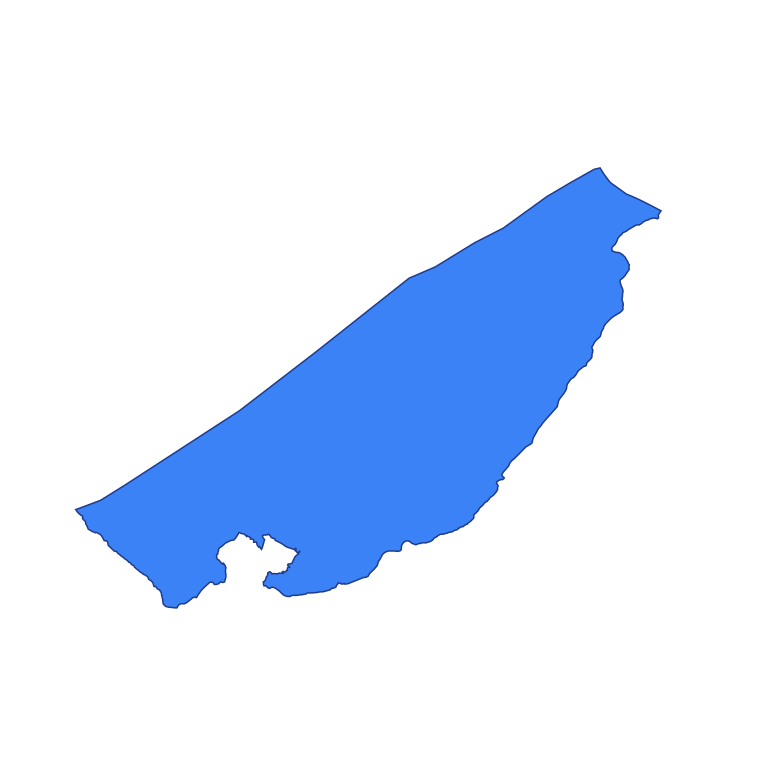 Buru, Maluku, Indonesia, rotated 130°
{"feature_id": "22746128B29167244459072", "entity_name": "Buru", "entity_type": "district", "adm_level": 2, "iso_a3": "IDN", "parent_name": "Indonesia", "parent_adm1": "Maluku", "projection": "albers", "projection_center": [126.803, -3.345], "detail": "fine", "context": "isolated", "style": "filled", "palette": "blue", "viewbox_px": 768, "rotation_deg": 130, "n_neighbors": 0, "source": "geoboundaries", "source_scale": "gbopen_adm2", "svg_char_len": 6149}
<svg xmlns="http://www.w3.org/2000/svg" viewBox="0 0 768 768"><g transform="rotate(130 384 384)"><path d="M678.4,539.4L679.3,535.7L679.4,533.2L679.4,531.5L679.0,530.8L679.0,529.9L679.7,529.1L680.7,528.8L681.1,527.4L681.3,524.2L683.0,522.4L683.2,521.2L685.3,517.2L684.4,512.1L683.9,511.2L683.7,509.7L682.8,509.1L682.3,508.2L682.2,507.1L681.6,504.7L681.9,502.6L683.8,497.7L683.2,497.1L683.2,496.4L682.5,495.8L682.5,494.5L684.9,491.4L685.4,483.3L684.9,482.2L684.2,481.2L684.8,479.0L684.6,476.6L684.8,475.4L684.5,473.8L684.5,470.2L684.2,467.3L684.6,464.7L684.0,464.0L683.9,463.2L684.4,462.3L684.5,460.5L684.0,458.9L684.3,457.9L684.7,457.4L684.7,449.8L684.3,447.0L684.5,446.0L684.0,444.7L683.6,442.2L683.7,440.7L684.9,438.8L684.5,436.2L684.7,433.5L686.8,430.3L686.9,429.8L686.2,429.2L685.9,428.3L686.6,425.9L686.1,423.3L686.5,422.1L687.3,420.0L688.5,419.0L690.8,415.7L694.4,411.8L694.7,409.6L694.6,408.0L693.4,405.5L689.1,399.2L688.2,398.6L687.6,399.0L685.4,399.2L683.6,398.7L682.3,397.9L681.1,395.9L678.8,394.8L675.2,393.9L670.5,393.1L669.0,392.1L668.4,390.6L667.4,390.3L666.0,390.8L659.8,391.3L654.5,390.9L648.1,390.0L647.3,389.5L646.4,388.4L646.0,387.6L646.6,385.1L645.3,383.6L643.3,382.3L640.9,382.1L639.6,379.8L638.2,378.9L633.7,380.9L631.3,382.9L630.3,384.2L627.7,386.4L626.5,386.8L626.2,387.5L625.3,388.6L624.9,390.0L625.0,390.6L624.4,391.5L624.6,392.2L625.0,392.2L625.5,391.8L625.9,393.3L625.6,394.3L625.3,394.7L625.4,395.3L624.9,397.3L625.2,397.7L625.2,399.5L624.7,400.4L623.5,401.4L622.6,402.4L622.2,402.5L621.4,402.1L620.8,402.2L619.5,403.2L617.9,403.7L617.1,404.4L616.0,404.6L614.8,404.6L612.6,403.9L607.8,403.2L602.5,400.9L599.8,398.6L596.2,398.7L590.9,399.6L590.4,397.6L588.8,394.5L589.1,391.1L588.2,391.3L588.2,390.4L587.5,387.8L588.7,386.6L588.0,385.9L587.7,385.2L587.1,384.6L587.1,383.8L589.0,382.1L588.3,381.3L587.4,380.8L587.1,380.2L588.9,377.6L589.5,375.2L588.7,375.0L589.5,371.6L587.9,371.9L579.9,375.5L579.7,377.5L578.5,379.5L576.7,378.9L576.0,377.7L573.8,376.2L574.0,376.0L573.2,375.4L573.5,373.3L574.0,372.1L573.9,370.7L573.1,368.8L572.6,368.3L573.7,366.8L572.0,360.0L571.6,354.8L571.1,353.0L568.8,347.1L568.3,346.5L566.7,346.1L566.7,345.4L567.9,344.7L568.8,344.9L568.6,343.6L569.0,342.2L568.8,341.2L567.9,341.5L566.7,341.0L568.9,340.3L571.8,341.0L573.8,341.1L580.4,339.3L582.0,340.2L583.5,341.7L584.8,341.3L585.0,340.3L584.7,339.7L585.1,338.7L585.6,339.6L587.1,339.7L589.0,338.2L589.7,338.9L591.1,338.8L592.2,339.7L593.5,339.6L592.6,340.9L593.6,341.2L594.4,340.6L595.3,341.3L596.7,343.2L597.8,343.5L600.4,347.0L601.0,347.5L601.5,347.6L601.1,349.5L601.2,350.8L601.4,351.0L603.4,351.6L604.1,351.0L605.9,350.1L607.2,350.1L608.6,349.7L610.3,348.9L612.0,348.7L613.0,349.3L615.0,347.5L615.8,346.1L614.9,345.4L614.4,344.7L614.7,342.7L614.5,340.8L613.6,340.0L612.3,339.6L611.2,338.7L610.4,336.8L609.9,332.5L609.9,330.2L610.3,326.4L610.0,324.1L608.9,321.6L607.3,319.5L605.0,318.5L602.1,315.1L600.6,313.7L599.0,312.7L598.9,312.0L595.1,308.9L592.9,308.1L592.2,307.0L589.2,303.7L586.2,300.8L584.6,299.6L582.3,297.1L576.4,293.0L573.8,292.6L573.4,291.9L571.9,290.9L570.4,290.3L568.5,291.0L567.0,290.8L566.1,291.3L564.5,289.3L564.7,288.2L563.1,286.5L562.4,286.2L562.4,285.2L560.1,283.2L545.2,275.2L543.7,273.6L541.5,272.6L538.5,273.2L531.7,272.5L527.4,272.5L523.5,274.2L521.5,274.3L515.6,275.5L514.0,275.4L512.2,275.0L509.3,273.5L505.5,269.0L503.2,265.7L501.4,264.4L500.6,264.2L499.7,264.4L496.5,266.7L494.0,267.2L491.7,266.9L489.8,266.0L488.8,264.7L488.4,263.9L488.0,261.9L488.2,260.8L487.9,259.6L486.7,256.3L483.7,254.7L482.8,253.6L481.3,252.8L479.8,251.2L478.9,249.9L475.4,247.6L473.8,246.9L472.4,246.5L469.6,246.5L466.6,245.2L465.4,245.2L463.1,244.3L461.9,243.4L461.1,242.1L459.6,241.3L458.0,239.9L456.2,239.1L453.3,236.7L450.6,235.9L448.9,234.4L447.1,234.0L445.9,234.0L445.5,233.5L444.3,233.4L443.7,233.1L443.2,232.3L442.7,231.9L438.8,230.9L437.7,230.0L437.1,230.2L436.2,230.1L432.5,229.3L430.9,229.3L430.5,229.1L429.6,229.1L428.4,229.4L427.8,230.2L426.2,231.1L423.3,230.6L422.3,230.7L421.8,230.5L421.5,230.6L421.4,230.5L421.1,230.6L419.9,230.5L419.7,230.7L419.1,230.7L418.6,231.0L417.2,231.0L416.5,230.8L415.6,230.9L415.2,230.6L412.5,230.4L410.6,230.5L407.9,229.9L407.6,229.5L406.5,229.7L405.2,229.4L404.7,229.6L404.4,229.5L403.8,229.7L402.7,229.7L399.5,228.8L396.6,228.6L395.8,228.9L394.9,228.6L394.1,228.8L393.4,228.7L392.6,229.1L391.7,229.2L390.4,230.5L389.0,230.8L388.3,231.8L387.6,234.2L386.3,234.6L384.7,234.3L383.2,233.6L381.4,232.5L381.1,231.7L379.7,231.4L378.6,231.5L378.5,234.0L378.2,234.7L377.3,235.6L374.6,236.0L366.8,235.8L363.4,236.9L359.6,236.8L359.5,236.6L356.5,236.1L340.8,234.9L336.7,233.3L334.2,232.7L329.4,235.0L322.9,236.2L320.1,236.9L318.2,237.1L314.9,236.9L313.0,237.2L309.4,237.3L290.1,236.7L285.0,239.3L282.6,239.9L275.1,240.2L272.3,240.6L270.3,241.2L267.3,243.1L265.9,243.5L262.0,243.9L259.1,243.8L257.0,242.9L253.9,242.9L249.7,243.6L247.7,243.5L242.3,242.3L240.3,241.0L239.5,241.2L237.6,242.1L236.5,242.3L233.1,241.8L230.9,241.8L229.9,242.0L227.4,243.8L225.8,244.5L223.8,245.8L222.7,247.9L221.9,248.6L220.4,248.7L216.5,249.6L212.7,249.5L211.0,249.1L208.4,249.0L206.4,249.8L204.7,250.8L199.9,251.8L198.7,252.7L197.0,252.7L195.1,252.9L187.8,252.3L184.7,251.6L176.9,249.0L173.8,248.7L172.4,249.5L171.5,250.7L170.0,251.2L168.5,252.7L166.8,255.3L165.7,256.5L164.2,257.2L161.0,259.6L159.4,260.4L157.5,262.8L156.8,264.6L154.2,268.6L152.9,269.7L152.1,269.9L149.2,269.2L146.7,269.0L138.6,269.8L136.8,271.7L135.0,272.6L134.7,274.2L134.0,275.1L131.9,280.8L131.6,283.8L131.8,286.4L132.3,288.6L133.2,289.9L134.2,291.1L134.9,293.5L135.4,294.3L135.0,295.1L134.1,296.4L132.3,297.2L128.5,296.7L125.3,297.3L122.1,298.5L118.8,298.5L117.2,298.1L114.5,298.2L111.0,296.5L108.2,295.9L100.4,293.1L99.4,292.4L98.2,290.8L95.6,289.9L93.4,289.6L90.3,288.4L88.0,286.8L86.3,286.3L84.3,284.7L82.9,283.3L81.6,280.7L80.3,280.4L78.1,282.6L73.3,283.1L76.2,296.5L78.9,307.7L81.2,315.8L82.7,320.2L84.1,338.3L84.1,340.9L81.9,350.3L79.6,357.4L84.4,361.0L109.6,370.5L135.7,379.7L187.8,392.8L217.6,405.4L261.3,420.0L286.8,432.8L403.3,456.8L497.5,477.6L628.4,517.6L655.4,526.4L678.4,539.4Z" fill="#3b82f6" stroke="#1e3a8a" stroke-width="1.5"/></g></svg>